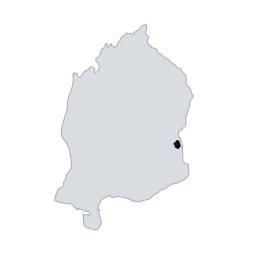 Moldovita, Suceava, Romania (highlighted), rotated 97°
{"feature_id": "2599482B16350059024550", "entity_name": "Moldovita", "entity_type": "district", "adm_level": 2, "iso_a3": "ROU", "parent_name": "Romania", "parent_adm1": "Suceava", "projection": "equal_earth", "projection_center": [25.472, 47.724], "detail": "fine", "context": "in_parent", "style": "filled", "palette": "ink", "viewbox_px": 256, "rotation_deg": 97, "n_neighbors": 0, "source": "geoboundaries", "source_scale": "gbopen_adm2", "svg_char_len": 4555}
<svg xmlns="http://www.w3.org/2000/svg" viewBox="0 0 256 256"><g transform="rotate(97 128 128)"><path d="M199.9,142.1L202.3,145.1L205.3,146.7L212.3,148.3L212.9,148.1L213.0,147.8L212.5,147.4L212.4,146.8L212.7,146.1L213.7,146.1L215.2,146.7L218.2,145.8L222.5,143.5L226.5,143.0L230.2,144.4L232.1,146.0L233.4,147.6L233.1,149.5L232.8,150.7L232.0,155.7L231.4,157.6L230.3,159.7L219.0,162.2L219.7,161.0L219.4,158.9L218.9,157.3L219.9,155.9L217.3,155.3L216.2,156.1L215.4,157.5L216.2,160.7L215.0,162.4L214.5,163.4L214.5,165.7L213.8,166.7L213.7,167.8L215.5,167.5L214.7,169.5L211.3,173.4L210.2,175.7L210.6,184.8L209.2,190.3L209.1,191.9L205.4,191.9L204.3,191.8L200.9,191.0L197.0,189.5L194.7,186.7L193.2,184.7L189.9,185.6L189.3,185.4L188.4,184.4L185.9,183.7L182.8,183.7L175.9,180.0L175.1,179.4L169.8,180.0L161.7,181.9L155.5,184.1L149.2,188.1L146.6,191.2L143.6,192.8L139.3,194.0L131.7,193.5L123.8,192.0L115.3,190.4L110.6,191.3L104.4,190.6L95.0,188.6L88.1,188.0L81.1,189.2L80.0,188.3L79.8,187.3L80.0,185.8L81.0,184.7L82.7,183.8L83.6,182.9L83.7,182.0L81.9,180.6L78.0,178.6L76.5,177.3L76.1,177.0L76.0,175.9L75.2,175.0L73.8,174.4L72.6,173.2L71.8,171.6L72.0,170.0L73.2,168.5L74.7,167.9L76.5,168.1L77.3,167.6L77.0,166.6L75.3,165.3L72.0,163.7L68.7,164.6L65.3,167.9L62.9,168.5L61.4,166.2L58.8,164.8L55.0,164.4L52.7,163.6L51.9,162.2L50.2,161.2L46.6,160.2L46.6,159.1L47.2,158.9L48.5,158.8L50.2,158.6L50.5,158.0L50.5,157.5L49.2,156.8L47.8,156.4L47.1,155.9L46.6,155.4L46.6,154.9L47.0,154.5L47.5,154.5L48.1,154.2L48.4,152.9L49.2,151.9L49.7,151.6L49.7,150.8L49.2,150.1L48.4,149.5L47.3,149.2L43.9,148.1L42.2,146.7L41.1,146.6L39.4,145.8L37.6,144.5L36.1,142.7L34.4,141.6L34.0,141.1L33.9,140.6L34.3,140.1L34.3,139.6L33.9,137.8L34.2,136.0L34.2,134.2L34.2,133.4L33.9,133.2L33.6,133.5L33.1,133.8L32.7,133.9L31.5,132.6L30.0,130.0L28.9,129.1L26.8,127.9L25.1,126.9L23.9,124.8L22.6,123.1L23.5,122.4L28.6,121.5L30.9,122.4L32.0,122.1L33.0,121.3L33.6,120.7L33.7,120.0L34.2,119.2L36.0,118.8L40.4,119.3L42.3,118.1L43.0,117.5L43.4,116.1L43.9,115.0L45.5,114.4L45.5,113.4L45.3,112.3L46.3,109.8L46.9,108.8L47.8,108.5L48.9,107.7L50.9,106.1L50.5,104.7L50.9,103.6L52.9,101.1L54.5,98.7L54.5,97.5L54.7,96.4L56.1,95.3L57.5,93.7L59.5,89.0L60.2,88.2L61.4,87.3L62.3,86.4L62.5,83.4L63.3,82.5L65.0,81.5L66.6,79.9L67.9,78.0L69.0,77.1L70.3,76.8L71.8,76.1L73.4,75.8L75.0,76.2L76.0,76.0L77.5,75.1L81.4,71.6L81.9,70.9L82.7,70.4L85.9,69.2L86.7,68.0L87.7,67.0L89.1,67.0L93.6,69.7L98.4,69.5L99.3,69.6L99.6,69.7L100.2,69.9L106.6,71.2L107.6,71.1L107.8,71.0L110.4,72.0L112.7,71.9L114.9,71.1L117.1,70.9L119.2,71.3L120.8,72.9L124.9,76.1L126.1,77.3L128.0,77.2L130.0,76.6L132.1,74.4L138.6,71.9L143.5,71.3L148.3,70.3L153.9,69.6L155.5,67.6L156.4,66.2L157.0,63.7L160.0,63.0L162.8,62.4L163.8,62.1L165.9,62.0L167.5,62.2L170.0,63.5L171.8,65.1L172.5,66.3L174.0,68.1L175.6,70.6L177.3,73.9L177.7,75.5L178.4,77.3L179.7,79.6L182.2,82.0L182.6,82.5L183.7,84.2L185.9,88.0L187.7,89.5L189.3,91.2L190.1,92.9L191.3,94.4L194.0,96.4L196.1,98.3L197.9,103.6L199.2,106.0L200.0,107.9L199.7,111.7L200.2,113.3L199.2,116.3L197.5,122.3L197.2,127.0L197.5,129.6L197.6,131.3L198.1,132.3L198.6,134.5L198.7,136.4L198.0,136.9L197.1,137.4L196.8,137.8L197.6,138.7L198.8,140.3L199.9,142.1Z" fill="#d9dde1" stroke="#a8b0b8" stroke-width="1"/><path d="M137.9,79.9L137.9,79.7L138.0,79.7L138.3,79.6L138.3,79.4L138.5,79.4L138.6,79.2L138.8,78.9L138.9,78.7L139.0,78.7L139.3,78.5L139.4,78.4L139.5,78.3L139.8,78.3L140.0,78.5L140.2,78.8L140.3,78.8L140.3,78.7L140.5,78.6L140.8,78.5L140.9,78.4L141.0,78.4L141.1,78.2L141.0,77.9L141.0,77.7L141.3,77.5L141.3,77.4L141.3,77.2L141.5,77.1L141.6,76.9L141.6,76.7L141.8,76.5L141.8,76.4L142.0,76.3L142.0,76.2L141.8,76.1L141.7,76.1L141.6,75.9L141.7,75.7L141.4,75.5L141.3,75.4L141.2,75.3L141.1,75.2L140.9,75.2L140.7,75.3L140.3,75.5L140.2,75.5L140.2,75.4L140.1,75.2L139.9,75.0L139.9,74.9L139.8,75.0L139.8,74.9L139.7,74.9L139.5,74.7L139.4,74.6L139.3,74.4L139.1,74.5L138.9,74.6L138.7,74.8L138.5,74.7L138.4,74.7L138.2,74.7L138.1,74.8L137.9,75.0L137.7,75.2L137.4,75.2L137.4,75.3L137.3,75.5L137.2,75.5L136.9,75.6L136.7,75.7L136.6,75.8L136.5,75.7L136.4,75.8L136.2,75.9L136.1,76.0L135.9,76.0L135.7,76.1L135.4,76.2L135.2,76.1L135.0,76.3L135.1,76.5L134.9,76.6L134.9,76.8L135.0,76.9L135.1,77.0L134.9,77.1L134.9,77.3L135.0,77.4L135.2,77.6L135.3,77.7L135.4,77.8L135.5,77.8L135.4,78.0L135.5,78.0L135.8,78.2L135.8,78.3L136.0,78.5L136.3,78.6L136.5,78.7L136.5,78.8L136.8,78.9L136.9,79.0L137.0,79.1L137.2,79.3L137.3,79.3L137.5,79.3L137.8,79.4L137.8,79.5L137.7,79.7L137.7,79.8L137.8,79.8L137.9,79.9Z" fill="#0f172a" stroke="#020617" stroke-width="1.5"/></g></svg>